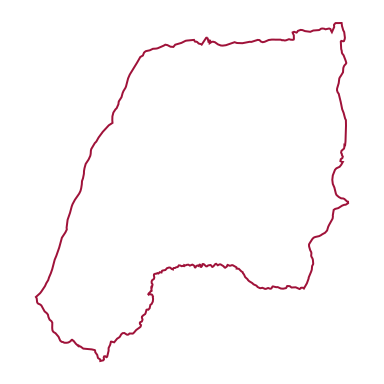 outline of Silvania, Cundinamarca, Colombia
{"feature_id": "7082276B74452941535479", "entity_name": "Silvania", "entity_type": "district", "adm_level": 2, "iso_a3": "COL", "parent_name": "Colombia", "parent_adm1": "Cundinamarca", "projection": "robinson", "projection_center": [-74.378, 4.431], "detail": "fine", "context": "isolated", "style": "outline", "palette": "rose", "viewbox_px": 384, "rotation_deg": 0, "n_neighbors": 0, "source": "geoboundaries", "source_scale": "gbopen_adm2", "svg_char_len": 5899}
<svg xmlns="http://www.w3.org/2000/svg" viewBox="0 0 384 384"><path d="M341.6,23.0L335.5,23.1L334.2,24.5L334.0,25.0L334.2,27.0L331.9,32.2L331.1,30.8L330.4,29.0L329.1,28.5L325.5,29.3L324.1,28.7L322.1,28.5L320.9,28.8L319.5,29.9L318.7,30.1L313.3,30.5L310.3,31.8L305.0,31.1L302.5,30.1L300.6,29.9L297.9,30.9L296.9,32.4L296.5,32.6L294.1,31.8L293.3,32.1L292.6,32.4L292.6,32.7L293.8,35.3L293.9,39.0L293.6,39.6L292.8,39.8L290.8,39.7L289.0,39.2L286.0,40.3L284.8,40.5L282.8,40.1L282.1,40.3L280.7,39.7L271.8,39.6L268.7,40.0L264.6,41.8L262.7,42.2L261.0,41.6L259.5,40.1L257.7,39.9L251.4,41.9L249.6,41.8L242.4,43.2L237.0,43.0L234.6,42.2L225.9,45.2L222.8,45.6L220.9,45.5L218.0,44.4L214.9,42.2L213.0,41.7L211.7,41.9L209.6,43.3L209.5,42.4L210.0,40.6L209.6,40.5L209.0,41.7L208.5,41.8L207.7,38.6L207.4,38.6L206.8,37.7L206.2,37.8L201.7,44.6L201.2,44.2L198.6,43.5L197.3,42.1L196.5,41.7L195.2,41.7L194.8,41.4L194.0,39.9L186.7,40.6L185.6,40.8L181.4,42.9L175.2,44.7L173.4,46.9L170.5,46.7L167.4,45.1L165.3,44.7L163.6,45.7L157.6,48.3L156.1,48.6L152.9,48.8L149.8,50.3L146.0,51.1L144.9,51.8L144.0,52.7L142.9,55.5L140.3,57.0L137.1,62.6L129.8,74.5L128.1,78.4L126.0,86.5L125.4,87.9L123.5,91.0L122.6,93.1L121.5,97.2L119.1,100.9L118.7,101.8L118.4,104.3L116.6,108.3L115.5,109.3L113.4,112.5L112.4,116.4L112.3,120.2L112.5,122.9L108.8,125.3L102.8,131.8L98.6,137.5L96.3,141.6L94.8,143.1L91.3,149.0L90.9,150.5L90.7,153.7L90.3,155.8L88.6,159.5L85.7,163.9L84.5,168.2L84.0,171.0L83.9,173.8L83.0,178.3L82.0,181.1L81.8,184.4L81.2,188.2L80.5,190.9L79.2,193.6L74.9,199.8L72.5,204.3L71.7,206.5L70.0,212.9L67.6,219.8L66.6,227.7L66.8,229.5L65.4,232.4L61.9,237.7L59.2,247.6L56.3,255.9L54.7,259.7L52.2,269.3L50.8,273.3L49.0,277.5L48.2,280.1L46.3,283.2L45.0,286.1L41.4,291.5L40.1,293.2L35.9,297.0L36.7,298.3L37.1,302.1L37.6,303.1L38.4,303.8L39.8,304.3L41.3,305.4L44.6,311.4L46.8,313.2L47.9,314.6L48.5,317.2L49.6,319.7L51.4,321.1L52.3,322.7L52.2,327.9L52.4,330.0L52.6,330.7L53.5,332.0L55.5,333.2L58.5,336.7L60.2,340.6L61.6,341.8L63.2,342.1L64.2,342.7L66.1,342.8L67.9,342.6L69.3,342.0L70.6,341.1L71.6,339.9L72.4,339.9L72.9,340.6L73.5,340.8L75.9,343.8L78.2,345.9L78.4,345.4L78.8,345.6L79.4,346.3L80.5,346.5L83.3,348.6L91.8,349.4L94.8,350.1L95.1,350.7L95.3,352.3L97.2,354.9L97.9,357.7L98.2,358.2L99.9,359.2L100.2,359.7L100.3,361.0L103.3,360.3L104.0,359.3L103.7,357.5L104.1,356.4L105.1,356.2L106.4,357.2L107.0,356.9L107.2,356.6L108.6,350.7L108.6,348.0L110.2,344.7L110.9,341.7L111.3,341.6L114.2,342.3L117.1,338.7L119.0,337.5L119.9,336.7L121.1,334.5L122.5,333.2L124.3,333.0L126.8,334.6L127.7,334.7L128.5,334.5L129.5,333.5L132.8,333.6L134.0,332.6L136.2,330.0L139.9,327.3L140.6,326.6L141.0,325.1L140.1,324.2L139.8,323.0L140.2,322.2L141.8,321.5L142.3,320.4L142.5,319.4L141.9,317.7L142.0,316.6L143.3,315.3L145.1,314.1L145.6,313.1L146.5,309.8L147.2,309.5L148.3,309.7L149.6,308.3L150.4,304.8L151.6,304.0L152.8,301.6L153.1,299.0L152.8,297.0L153.0,296.7L152.4,295.2L151.7,294.5L150.2,294.3L149.7,293.9L149.1,294.0L148.7,294.6L148.3,294.2L148.8,293.3L150.0,292.3L150.7,291.2L151.4,291.1L151.4,290.5L151.6,290.4L151.3,288.3L151.3,287.0L151.4,286.8L151.9,287.2L152.5,284.9L152.5,284.3L151.7,283.1L151.6,281.7L152.0,280.4L154.0,278.8L154.3,277.4L153.9,275.6L154.0,274.4L155.1,273.8L156.8,273.6L157.3,273.1L158.5,273.5L159.7,272.2L161.5,272.5L162.0,270.9L162.4,270.6L165.4,270.0L167.0,268.2L169.1,267.5L170.3,267.7L171.7,269.0L172.9,269.4L172.9,268.7L173.8,268.0L175.0,268.0L176.1,267.3L177.7,267.0L178.8,265.4L180.2,265.5L181.8,266.2L182.4,265.9L184.0,266.1L184.2,265.1L185.2,265.5L187.0,264.8L188.4,264.7L189.9,265.6L192.1,264.7L192.6,264.7L194.1,265.7L194.6,266.4L194.8,267.3L195.2,267.5L195.6,267.3L196.0,266.3L196.7,265.8L197.4,265.5L198.5,266.0L199.3,264.8L199.8,264.6L200.3,264.9L200.6,266.8L201.3,266.9L202.2,265.7L202.6,264.1L203.1,264.0L203.8,264.2L206.1,266.3L207.0,266.3L208.2,265.4L210.4,265.0L211.1,265.4L212.1,266.8L212.5,266.9L213.4,266.3L215.4,264.0L216.1,263.8L217.8,265.3L219.5,264.4L220.6,264.4L223.5,266.2L224.6,267.5L225.2,267.7L226.5,266.8L227.1,266.1L227.2,265.4L227.7,264.9L229.5,265.7L230.5,265.7L231.7,265.2L232.7,265.2L236.4,267.3L236.7,267.9L236.6,268.6L238.8,268.8L241.4,271.4L242.7,272.2L243.0,273.3L243.9,274.3L245.2,277.1L247.5,279.2L248.1,280.2L249.2,281.2L252.3,283.1L253.5,284.3L256.5,285.7L257.6,287.0L259.6,288.0L260.4,288.2L262.4,287.8L265.1,288.9L266.1,288.8L268.1,288.0L269.7,288.6L270.7,288.7L271.4,288.4L272.5,286.6L272.9,286.4L276.2,287.2L277.7,287.1L280.8,288.5L283.1,288.7L286.0,288.1L286.7,287.1L286.9,286.3L287.7,286.0L289.8,286.2L291.5,287.5L295.7,287.3L299.5,289.0L300.4,288.6L300.8,287.9L301.6,287.7L303.1,287.8L303.9,288.5L306.9,283.3L308.6,278.6L308.7,277.5L311.2,271.5L311.8,269.6L312.1,266.1L313.1,264.2L313.2,263.6L312.9,259.9L312.5,258.5L311.4,256.6L311.2,255.6L311.4,253.2L311.2,252.1L310.2,250.2L309.1,246.5L309.0,244.7L309.3,243.8L312.3,239.1L313.6,237.7L315.2,237.0L319.2,236.1L321.1,235.1L322.2,234.3L325.0,232.8L327.1,230.5L328.2,226.8L329.1,224.9L332.6,218.6L332.9,216.6L332.8,215.4L333.7,209.9L335.2,208.9L338.3,208.1L342.2,205.6L344.3,204.8L345.7,204.7L348.1,203.2L348.0,201.7L347.1,201.5L344.4,199.0L343.3,198.5L341.1,198.3L338.8,197.0L336.6,195.1L335.9,193.7L334.4,187.6L332.8,183.9L332.3,179.8L332.8,175.4L335.0,169.8L336.4,168.3L339.6,166.8L341.3,164.7L342.8,162.0L341.9,161.9L340.4,161.1L340.8,159.2L342.3,158.1L342.8,156.6L341.9,155.0L341.9,154.1L341.4,153.4L341.1,152.5L341.5,150.8L344.0,148.6L344.3,147.5L344.4,144.8L345.1,145.1L345.5,141.4L346.0,125.7L345.9,120.1L345.1,118.5L343.6,112.8L342.2,109.3L340.7,101.9L338.7,93.7L337.7,92.4L337.0,90.3L337.1,88.5L338.7,83.2L339.3,78.5L339.8,77.4L340.9,75.8L343.0,72.3L343.3,68.1L343.9,66.3L344.6,65.2L345.6,64.2L346.3,63.0L345.7,60.8L343.6,55.3L342.2,53.5L341.9,52.6L341.7,50.7L341.2,49.1L340.8,41.6L341.3,40.9L343.2,41.3L343.9,41.1L344.7,39.1L344.9,37.7L344.2,32.1L343.2,30.2L342.0,26.0L341.6,23.0Z" fill="none" stroke="#9f1239" stroke-width="2"/></svg>